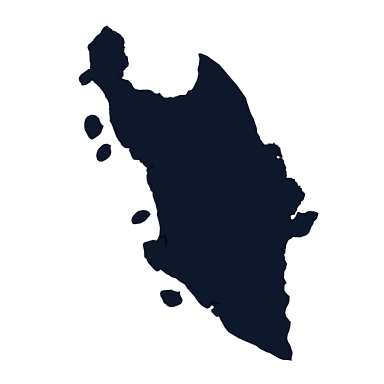 outline of North East Malekula, Malampa, Vanuatu, rotated 194°
{"feature_id": "77236927B6539808470139", "entity_name": "North East Malekula", "entity_type": "district", "adm_level": 2, "iso_a3": "VUT", "parent_name": "Vanuatu", "parent_adm1": "Malampa", "projection": "robinson", "projection_center": [167.325, -15.963], "detail": "fine", "context": "isolated", "style": "filled", "palette": "ink", "viewbox_px": 384, "rotation_deg": 194, "n_neighbors": 0, "source": "geoboundaries", "source_scale": "gbopen_adm2", "svg_char_len": 5978}
<svg xmlns="http://www.w3.org/2000/svg" viewBox="0 0 384 384"><g transform="rotate(194 192 192)"><path d="M314.4,332.1L316.4,330.6L317.1,329.4L317.8,327.7L318.8,323.5L321.9,319.9L324.7,313.4L327.7,309.3L327.6,307.2L326.4,305.2L325.1,304.1L322.2,294.4L321.1,292.7L320.1,286.6L320.3,286.0L321.6,285.7L327.4,278.9L328.6,276.1L328.6,274.9L328.2,273.7L326.9,272.1L325.7,271.4L325.0,270.2L324.2,269.6L323.6,269.7L321.2,270.9L319.6,272.4L317.9,274.2L317.1,276.4L316.2,276.8L314.3,276.4L311.9,274.6L310.7,274.3L308.5,272.8L306.4,272.0L305.8,271.0L305.1,271.1L304.8,270.4L301.9,268.2L301.1,267.0L300.2,266.6L298.4,263.6L295.8,261.6L293.4,258.2L292.8,256.0L292.1,254.9L291.9,252.5L291.1,251.2L290.8,248.9L289.0,244.7L288.3,241.2L286.0,239.1L278.6,228.2L275.1,224.6L273.3,223.5L271.7,221.4L270.5,220.5L267.1,219.2L266.1,219.6L264.7,219.6L263.7,220.4L262.5,220.2L262.1,219.8L262.7,218.1L262.1,216.8L261.1,215.9L259.0,212.6L256.7,210.2L255.4,210.1L251.1,211.1L250.3,211.0L250.0,210.1L249.3,209.5L249.0,208.9L248.2,208.8L247.8,209.3L246.6,208.6L245.8,208.8L245.5,208.4L246.0,207.9L244.5,206.7L241.1,205.1L238.6,205.4L238.2,206.3L236.9,207.2L236.5,207.1L238.0,205.2L240.3,204.0L240.9,203.4L240.5,201.4L239.2,200.3L239.3,197.0L238.6,194.4L236.8,190.3L235.6,188.8L234.2,188.2L234.2,187.3L232.6,185.5L232.2,184.1L231.0,183.5L230.0,183.4L229.3,183.7L229.6,182.4L229.0,181.5L229.0,180.1L228.0,178.1L223.3,170.9L222.8,170.7L222.5,171.3L222.1,171.1L222.9,169.6L220.3,165.2L220.0,161.9L215.5,153.8L213.6,149.2L212.6,143.1L212.6,140.7L213.0,139.6L212.4,139.5L208.0,143.2L207.1,143.0L206.5,141.8L206.4,140.2L204.8,138.3L204.8,137.5L205.4,136.2L205.0,135.1L203.6,133.1L204.9,134.4L205.5,135.7L205.5,136.6L205.0,138.2L206.5,140.0L206.7,141.8L208.2,142.7L212.7,138.6L214.7,135.2L216.1,135.6L218.5,135.1L225.6,131.0L226.2,129.6L226.1,128.7L223.5,123.3L221.9,117.8L220.6,116.9L220.0,116.9L219.3,117.7L218.9,117.0L218.9,115.5L216.7,113.0L208.7,107.7L206.9,107.2L206.1,107.4L204.5,109.3L204.2,110.0L203.8,110.1L196.9,106.9L193.6,106.3L191.0,105.2L186.7,105.1L182.7,103.1L176.3,101.2L172.9,97.9L164.4,92.3L160.6,88.7L155.7,85.2L151.0,83.5L148.9,83.3L147.5,84.5L146.4,86.7L146.7,87.4L146.6,88.3L145.3,90.1L144.5,90.6L140.2,90.2L139.7,90.4L139.0,91.3L139.2,90.5L139.7,90.0L144.7,90.0L146.2,88.6L146.4,87.2L145.5,87.5L143.5,87.2L143.0,86.9L142.2,85.5L142.4,83.9L143.5,83.1L144.0,82.2L143.5,80.9L138.2,77.6L137.4,77.7L136.1,78.6L135.6,78.4L134.4,77.5L132.4,74.7L130.6,73.1L127.2,69.2L122.4,65.5L110.3,61.9L109.0,62.0L107.5,61.4L94.3,59.4L90.9,58.5L89.0,57.3L80.9,55.4L77.3,55.3L69.9,53.0L64.9,52.0L63.0,51.9L58.5,52.9L55.4,53.1L56.0,55.1L56.0,59.2L56.6,60.9L60.3,66.7L63.4,69.8L65.0,72.8L65.4,77.6L64.8,80.7L64.8,86.2L65.6,89.6L66.8,90.0L68.2,91.4L70.8,93.1L73.1,97.2L73.3,101.8L71.8,107.7L71.9,110.1L72.8,114.0L75.5,115.4L78.2,117.5L79.4,118.9L80.5,124.1L80.0,125.3L79.0,126.5L82.6,130.3L84.0,137.3L82.9,140.4L83.2,142.0L83.0,144.9L85.9,148.2L86.6,149.4L86.6,150.6L88.4,153.4L87.6,155.3L87.9,157.8L89.1,156.8L90.3,158.1L88.1,159.8L88.5,163.7L87.5,168.9L84.8,171.5L83.4,173.5L76.2,174.9L70.7,178.6L69.4,180.7L68.3,187.6L67.3,190.5L67.4,193.4L66.8,193.8L65.0,196.5L64.8,201.4L69.3,202.1L71.1,201.3L71.6,201.7L75.0,200.4L76.4,198.8L78.3,197.8L81.6,197.3L82.6,197.7L84.0,197.6L85.0,192.3L85.6,191.6L85.9,190.3L87.3,189.3L87.7,188.3L90.3,189.6L91.4,193.4L90.2,194.0L89.8,194.5L87.5,195.5L87.4,197.3L86.4,200.1L86.9,201.0L86.6,202.2L86.0,204.1L84.3,206.8L84.6,209.6L83.0,210.9L82.6,211.4L82.3,216.1L82.8,217.6L83.8,217.9L84.5,218.7L85.9,218.7L86.8,221.3L88.0,221.7L89.3,222.7L89.1,223.2L90.4,222.9L91.8,224.0L92.3,225.4L93.0,226.0L93.9,225.9L95.0,227.0L95.6,228.2L96.2,228.6L97.3,228.4L99.1,229.0L104.8,227.6L104.6,230.8L105.8,233.0L105.6,233.9L106.9,235.4L107.5,237.4L107.0,238.0L110.0,241.7L110.8,243.1L110.8,244.0L113.5,246.1L114.8,245.8L115.4,244.9L117.0,244.1L117.5,244.8L118.6,244.4L118.9,246.7L118.4,248.8L116.6,248.5L114.4,247.6L113.4,247.9L115.6,251.1L117.8,255.7L120.5,256.9L120.8,257.6L121.9,257.2L124.1,258.7L124.1,258.1L125.6,257.5L128.3,256.9L128.8,257.1L129.3,255.8L133.6,254.8L138.8,259.1L140.4,261.9L143.9,265.1L145.2,269.3L150.6,277.8L154.6,282.2L162.1,293.9L162.3,295.3L176.1,307.2L176.5,307.2L196.4,321.5L210.4,327.0L216.7,327.9L218.4,327.3L216.3,323.4L215.4,317.1L215.6,312.3L213.7,308.7L213.5,304.1L213.8,300.8L215.4,293.3L216.4,290.6L219.5,288.9L220.9,284.2L227.3,282.3L229.1,280.7L230.7,280.1L232.9,278.1L236.1,278.3L237.9,277.0L241.9,276.1L244.5,277.3L247.4,279.6L248.8,278.3L253.2,277.8L253.5,279.0L256.5,279.9L259.3,279.9L263.5,278.9L267.6,277.5L272.1,277.6L274.0,278.4L276.9,281.2L277.1,282.1L280.9,284.2L286.6,284.3L288.5,285.2L289.7,285.4L288.8,285.9L287.5,288.0L287.6,289.5L288.5,292.1L288.5,293.8L287.4,294.8L286.5,297.0L285.0,298.7L285.2,301.7L286.0,302.4L287.7,307.2L290.0,307.9L290.9,309.7L292.6,311.3L292.8,314.2L293.2,315.1L292.7,316.1L294.1,316.7L294.3,317.1L294.2,320.6L295.8,323.9L298.1,325.3L299.6,326.7L301.9,327.6L303.0,327.5L303.9,328.4L309.0,328.9L309.9,330.0L312.4,330.7L314.4,332.1ZM295.2,230.3L294.4,234.1L296.1,235.0L298.6,237.3L300.8,240.7L303.7,242.2L306.5,242.3L308.3,241.8L311.1,239.6L312.5,236.7L312.5,233.4L311.6,229.5L310.4,226.6L305.1,220.8L303.0,219.5L302.1,219.4L301.1,220.0L297.2,224.3L295.9,226.1L295.0,228.5L295.2,230.3ZM188.2,91.5L196.2,88.8L197.4,87.9L197.7,87.0L197.7,85.9L196.7,83.7L193.1,80.0L192.9,79.1L191.8,78.1L189.7,77.4L188.4,76.3L185.6,75.9L182.5,76.8L180.7,77.7L179.5,78.8L178.3,79.3L176.0,81.7L175.5,83.7L175.7,84.6L179.7,89.5L180.1,91.7L182.3,90.4L182.7,90.9L184.8,90.8L188.2,91.5ZM292.9,209.7L293.2,206.4L293.0,204.1L291.3,201.1L290.1,200.2L288.8,200.0L287.0,200.4L285.4,201.6L282.9,204.0L280.7,207.9L280.7,211.1L282.4,214.4L282.5,217.0L286.2,217.5L288.7,216.4L289.5,215.8L292.2,211.6L292.9,209.7ZM242.3,148.2L241.2,147.4L239.8,147.7L234.8,149.7L230.9,153.3L227.6,159.9L227.8,160.5L229.9,161.9L232.3,162.3L235.1,161.9L238.8,160.1L241.1,157.3L242.9,153.9L243.3,150.0L242.3,148.2Z" fill="#0f172a" stroke="#020617" stroke-width="1.5"/></g></svg>